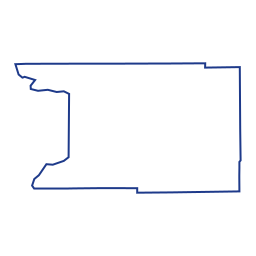 outline of Columbia, Wisconsin, United States of America
{"feature_id": "52423323B84729075264593", "entity_name": "Columbia", "entity_type": "district", "adm_level": 2, "iso_a3": "USA", "parent_name": "United States of America", "parent_adm1": "Wisconsin", "projection": "robinson", "projection_center": [-89.482, 43.462], "detail": "fine", "context": "isolated", "style": "outline", "palette": "blue", "viewbox_px": 256, "rotation_deg": 0, "n_neighbors": 0, "source": "geoboundaries", "source_scale": "gbopen_adm2", "svg_char_len": 607}
<svg xmlns="http://www.w3.org/2000/svg" viewBox="0 0 256 256"><path d="M34.1,188.5L68.6,188.5L74.3,188.4L103.0,188.1L137.2,188.2L137.2,192.7L171.2,192.4L239.4,191.4L239.3,177.6L239.3,176.4L239.3,175.1L239.4,168.1L239.4,161.9L240.6,160.4L240.2,129.3L239.8,67.1L205.1,67.6L205.2,63.3L171.1,63.5L102.4,63.7L69.0,63.7L26.0,63.8L15.6,64.2L15.4,64.2L18.6,74.5L22.4,77.6L23.2,77.4L24.6,76.8L35.1,80.0L30.6,85.7L30.8,89.0L38.0,90.8L47.8,89.8L56.7,92.0L63.8,91.3L69.1,93.9L68.6,157.2L63.8,160.9L52.8,164.7L46.4,164.2L38.9,175.2L34.3,179.0L32.1,185.6L34.1,188.5Z" fill="none" stroke="#1e3a8a" stroke-width="2"/></svg>